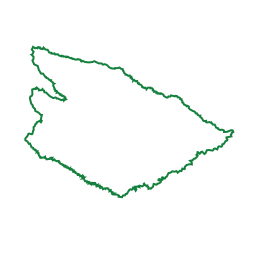 outline of Gaúcha do Norte, Mato Grosso, Brazil, rotated 97°
{"feature_id": "56859067B19542513591026", "entity_name": "Gaúcha do Norte", "entity_type": "district", "adm_level": 2, "iso_a3": "BRA", "parent_name": "Brazil", "parent_adm1": "Mato Grosso", "projection": "orthographic", "projection_center": [-53.491, -12.873], "detail": "fine", "context": "isolated", "style": "outline", "palette": "green", "viewbox_px": 256, "rotation_deg": 97, "n_neighbors": 0, "source": "geoboundaries", "source_scale": "gbopen_adm2", "svg_char_len": 5847}
<svg xmlns="http://www.w3.org/2000/svg" viewBox="0 0 256 256"><g transform="rotate(97 128 128)"><path d="M166.2,213.0L167.0,211.8L167.5,211.8L167.5,211.2L168.3,211.1L167.6,208.2L166.6,206.9L167.9,206.6L168.1,205.7L169.0,205.1L168.3,202.2L167.5,201.7L168.0,200.8L166.9,200.7L166.7,199.4L167.4,199.6L169.2,198.5L168.1,197.3L169.3,196.0L169.6,194.4L169.2,193.2L170.2,192.6L169.7,192.1L171.7,190.9L171.9,189.2L172.7,188.5L172.4,187.9L173.6,186.9L173.0,186.8L172.8,186.0L174.2,184.9L173.6,184.2L175.1,183.4L174.5,182.4L175.9,181.2L175.1,180.5L176.3,180.4L176.3,179.0L175.7,178.9L175.9,178.2L177.0,177.7L176.7,176.6L177.8,176.2L177.9,177.0L178.3,176.9L178.0,175.0L178.9,174.8L179.4,173.1L180.8,172.2L180.7,171.5L179.9,171.3L180.1,170.8L179.5,170.8L180.8,170.2L181.2,169.3L181.7,169.4L181.3,168.4L182.1,167.8L180.7,167.1L182.3,165.8L182.3,165.3L183.7,166.8L183.5,165.7L186.0,164.2L185.9,162.2L187.0,162.1L186.2,160.1L187.0,159.6L187.9,160.1L187.7,158.7L188.3,158.0L187.8,157.2L188.4,156.9L187.5,156.1L186.8,156.9L186.6,153.9L187.7,153.7L187.7,154.7L188.1,154.7L188.0,152.6L189.2,152.3L188.3,151.2L189.5,151.4L188.7,149.6L189.6,149.1L189.0,148.5L190.0,147.9L190.7,148.6L191.0,148.3L189.8,146.8L191.8,145.3L191.1,144.6L190.8,143.7L191.3,142.9L190.4,142.3L190.3,140.7L191.4,139.8L191.5,138.7L192.9,138.7L192.1,137.5L193.0,137.4L193.3,136.7L194.6,136.0L193.8,135.3L194.6,134.8L194.6,134.0L195.6,135.2L195.8,134.8L195.4,131.1L196.2,128.7L197.4,128.9L197.4,125.4L195.6,124.8L195.2,122.8L193.8,122.3L193.6,121.2L189.0,119.0L188.6,118.2L188.9,116.9L188.3,116.1L186.5,115.8L186.4,115.0L189.3,112.8L188.0,112.2L185.4,113.7L185.0,111.3L185.3,109.7L184.2,110.3L183.8,109.6L184.2,106.8L182.5,104.9L181.6,105.5L181.2,105.2L183.0,103.6L182.7,101.9L183.7,102.0L183.9,100.8L185.9,100.3L185.1,98.9L185.5,98.0L183.2,96.0L180.4,95.7L180.8,92.7L179.8,92.1L179.0,90.2L177.7,88.9L176.5,88.9L176.1,91.4L175.3,91.4L174.8,90.4L175.6,88.4L175.3,87.6L174.7,87.4L173.3,88.3L172.8,88.0L172.9,86.9L173.8,86.0L173.5,85.0L172.2,84.7L171.5,83.6L167.8,82.3L167.2,80.4L165.6,78.8L165.7,76.6L164.9,74.6L166.3,73.2L164.1,71.2L164.2,69.7L161.6,69.1L162.0,67.2L161.6,66.6L159.6,66.9L157.6,65.3L156.4,62.4L156.4,60.2L154.2,60.6L153.0,62.3L152.1,59.9L150.5,58.9L150.2,57.7L148.3,56.0L146.8,55.5L146.3,56.7L145.5,56.1L143.5,56.0L143.5,55.3L144.8,53.8L144.3,53.1L142.8,52.5L142.4,51.5L144.5,49.0L143.6,48.0L140.4,47.0L140.0,45.2L140.1,41.4L139.6,40.7L138.3,40.3L137.7,39.2L138.4,36.8L135.8,36.2L135.1,35.5L135.2,33.0L134.3,32.3L132.7,32.4L132.0,30.9L129.3,29.7L128.2,28.0L127.3,27.9L126.2,29.0L125.3,29.1L123.7,24.3L121.9,25.1L121.0,24.4L119.9,24.3L119.2,23.0L118.6,23.2L117.6,23.9L117.6,25.3L119.8,29.4L120.2,32.2L118.8,32.5L118.4,33.3L118.2,34.7L118.8,36.2L118.0,38.4L117.3,38.5L116.9,40.6L114.1,42.3L114.2,44.4L112.4,45.9L112.8,46.2L112.2,47.7L112.9,50.6L112.4,51.5L111.4,51.5L111.9,53.4L111.6,54.2L109.4,55.7L108.3,57.6L107.0,57.7L107.3,58.4L106.3,60.7L105.2,61.1L105.2,62.6L104.2,63.1L103.3,64.6L103.3,65.5L101.9,68.9L100.7,70.2L99.6,70.1L99.1,70.7L98.7,71.5L99.3,72.5L98.4,73.3L97.9,75.3L96.6,76.0L96.1,77.2L94.9,77.2L94.1,78.2L93.0,78.3L92.8,79.8L92.1,79.8L91.3,81.4L91.5,82.5L90.4,83.2L90.3,85.0L90.9,85.4L90.4,89.3L91.6,89.8L91.7,91.7L92.9,92.3L93.1,93.5L91.8,96.3L90.6,97.0L89.7,99.0L90.2,99.8L90.2,101.0L89.8,100.9L90.2,102.6L89.6,102.6L89.0,103.7L89.6,104.3L88.4,104.9L88.8,106.3L88.3,106.2L87.7,108.0L86.7,107.7L85.6,109.0L85.9,110.4L85.2,110.6L85.6,113.3L87.0,114.2L86.5,114.3L86.5,115.7L85.9,115.8L86.2,117.7L85.6,118.1L85.6,119.0L84.3,119.5L83.6,120.4L83.1,122.5L82.3,122.6L82.5,123.6L80.2,124.7L80.7,126.2L79.5,127.8L80.3,128.5L79.8,128.5L78.4,130.7L78.3,130.1L76.7,130.8L77.0,131.6L75.7,132.6L76.2,134.1L75.6,135.0L75.3,137.0L74.8,136.9L73.6,138.7L72.2,139.2L71.7,140.1L70.3,140.3L70.1,142.2L69.0,143.8L69.9,145.6L70.1,148.2L70.8,148.4L70.8,151.9L70.0,154.3L68.5,155.8L67.8,157.5L67.5,158.9L68.2,160.6L67.2,161.8L67.4,165.0L65.8,169.6L66.8,171.3L67.7,174.9L67.7,178.7L67.0,181.2L67.7,182.3L67.2,182.9L66.7,182.7L65.8,184.2L66.1,185.3L65.7,186.3L66.4,187.2L66.5,188.7L65.8,191.3L66.2,191.7L65.4,192.8L65.7,193.7L64.6,196.5L65.2,197.2L64.7,197.9L65.1,198.3L64.7,199.0L65.0,200.6L64.4,201.4L65.0,202.3L64.4,202.7L64.8,203.6L64.3,205.7L63.4,206.6L63.9,209.3L62.9,210.0L63.5,211.7L63.1,212.5L63.4,213.1L62.7,213.4L62.7,215.4L60.2,217.2L60.2,219.5L58.6,221.5L59.7,221.7L60.1,222.6L59.6,223.2L60.1,223.9L59.9,224.8L58.7,225.3L58.7,225.9L59.4,225.6L58.9,227.3L59.9,227.7L59.7,228.9L60.2,230.0L59.0,232.1L61.9,233.0L63.8,231.0L66.5,231.8L67.0,232.7L68.8,230.4L71.4,230.3L72.6,231.1L76.2,228.9L77.5,225.1L81.0,223.7L84.6,221.0L84.4,219.0L87.3,216.3L87.3,215.8L87.9,215.8L88.6,213.4L90.0,211.8L89.9,210.1L90.9,210.1L91.9,208.2L92.8,207.8L93.0,206.7L93.6,207.4L95.1,207.4L97.2,206.0L98.5,205.8L98.6,205.0L100.2,204.7L99.9,203.4L100.4,202.8L101.6,203.0L101.3,202.4L102.1,200.5L102.9,200.0L102.6,199.1L103.6,199.0L104.2,197.2L103.7,197.1L104.5,195.0L105.2,194.8L105.3,193.9L106.6,193.7L107.1,193.0L107.7,194.1L107.2,194.7L108.5,195.1L107.6,195.7L108.5,197.6L107.2,201.3L107.5,202.1L106.5,203.5L107.4,206.0L105.8,209.7L102.8,213.6L102.7,215.4L101.1,215.9L100.6,217.1L99.8,217.6L101.0,218.5L101.5,221.0L100.6,221.1L98.9,223.7L99.5,224.2L100.3,223.8L100.7,224.6L100.4,225.7L101.5,227.8L106.1,227.0L107.8,227.4L108.6,228.7L110.5,229.0L115.7,227.0L117.1,225.3L118.5,225.1L120.5,222.6L122.4,222.1L123.5,218.9L125.7,216.0L125.6,215.1L130.4,215.6L131.3,214.5L132.9,215.1L131.8,216.6L133.5,219.3L134.9,219.4L135.5,220.4L137.5,220.8L138.6,221.8L141.6,221.4L142.4,221.9L145.3,222.1L145.9,222.6L145.6,225.5L146.2,226.3L148.0,226.7L150.9,228.6L152.7,228.4L153.6,226.2L155.8,224.5L155.4,223.3L158.9,221.4L159.2,219.8L160.6,219.2L160.5,218.1L161.5,217.3L161.2,216.8L162.2,216.0L162.1,215.2L163.0,215.5L162.6,214.8L164.2,214.2L164.0,213.7L166.2,213.0Z" fill="none" stroke="#15803d" stroke-width="2"/></g></svg>